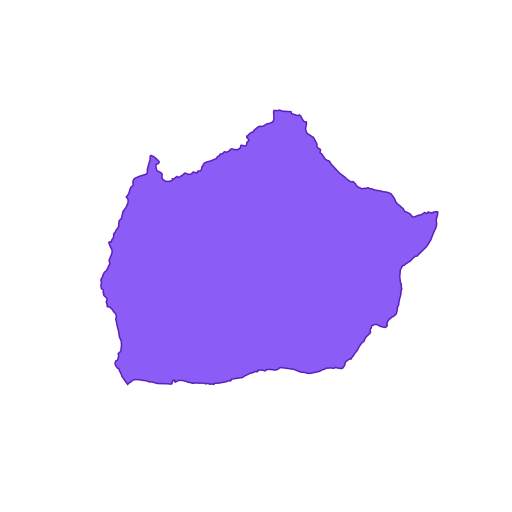 the district of Baucau, Baucau, East Timor, rotated 148°
{"feature_id": "22284137B73846644477643", "entity_name": "Baucau", "entity_type": "district", "adm_level": 2, "iso_a3": "TLS", "parent_name": "East Timor", "parent_adm1": "Baucau", "projection": "robinson", "projection_center": [126.421, -8.508], "detail": "fine", "context": "isolated", "style": "filled", "palette": "violet", "viewbox_px": 512, "rotation_deg": 148, "n_neighbors": 0, "source": "geoboundaries", "source_scale": "gbopen_adm2", "svg_char_len": 6149}
<svg xmlns="http://www.w3.org/2000/svg" viewBox="0 0 512 512"><g transform="rotate(148 256 256)"><path d="M432.9,215.1L431.1,215.6L429.6,215.5L425.7,215.9L423.7,215.1L421.2,213.4L416.3,209.2L415.1,208.4L413.4,205.9L410.9,204.2L407.4,200.3L404.5,198.3L399.3,194.9L395.8,192.3L394.8,192.3L394.3,193.1L393.3,193.7L392.8,194.5L391.9,194.6L390.7,193.3L391.6,192.5L391.4,191.8L387.7,191.5L386.0,190.6L384.0,189.1L382.0,187.0L380.3,184.7L378.5,183.2L377.5,181.9L376.4,181.2L374.4,180.4L372.8,179.1L366.8,175.3L366.8,174.5L364.5,173.5L363.5,172.5L363.2,171.6L361.9,171.4L360.6,170.1L359.8,169.5L359.4,169.5L358.8,170.0L358.5,170.0L354.9,167.9L348.8,165.5L346.7,164.9L344.9,164.8L344.2,163.7L342.9,163.8L342.4,164.0L342.2,164.4L341.7,164.4L332.0,160.2L329.8,160.3L323.5,159.7L320.6,158.8L317.6,158.3L316.9,157.5L316.0,157.2L315.2,157.4L315.0,157.6L315.2,157.8L314.9,157.9L314.1,157.7L310.8,155.7L309.4,153.9L308.3,153.7L307.5,154.2L306.8,154.0L303.3,151.7L300.4,149.2L299.6,149.1L298.4,148.4L296.2,148.4L295.6,148.7L294.0,148.2L284.1,140.0L280.2,134.6L279.0,133.4L276.7,131.7L274.3,129.1L272.6,127.9L263.6,124.6L262.2,124.4L259.8,124.4L258.0,123.7L255.4,123.6L254.5,122.7L252.8,122.1L249.3,119.4L247.8,119.4L245.3,117.0L243.4,115.4L242.7,115.1L242.4,115.3L241.9,115.0L240.2,115.6L238.5,116.5L236.4,118.7L231.2,119.2L230.7,119.0L230.6,118.5L229.8,118.3L227.9,119.4L226.5,119.7L224.5,120.8L219.4,122.6L217.4,124.0L214.4,125.4L211.9,126.3L210.4,126.3L209.1,126.7L207.5,128.1L205.5,129.0L199.8,130.2L199.3,130.6L198.7,132.3L197.8,133.4L196.7,133.7L194.8,135.5L192.1,135.2L190.2,134.2L189.4,133.2L188.1,130.7L185.2,127.7L184.1,126.9L182.4,127.0L181.3,127.7L181.1,128.9L180.5,129.4L180.4,130.1L179.7,130.2L178.1,131.3L177.0,131.4L175.7,132.1L175.3,131.7L173.3,132.2L171.4,131.9L168.3,132.4L167.1,133.2L164.8,135.4L164.4,136.2L163.9,136.5L163.1,137.7L161.8,138.4L160.7,139.2L160.0,140.3L157.0,143.4L156.5,144.2L155.8,144.5L153.2,147.0L152.9,147.4L152.8,148.3L151.8,148.8L151.5,149.3L151.5,149.7L149.8,150.8L149.6,151.9L148.0,154.7L147.6,155.6L147.6,156.7L145.2,162.1L140.8,167.9L136.7,170.1L135.1,169.6L133.9,169.9L127.6,170.0L124.5,170.9L121.0,171.4L119.5,170.6L119.0,170.6L117.6,171.1L106.8,173.5L102.8,175.2L99.0,177.2L94.4,180.7L87.9,185.1L86.7,186.3L85.5,188.0L84.5,190.4L82.8,192.4L80.6,194.3L78.5,197.0L79.9,198.4L81.2,198.4L82.2,199.3L83.2,199.0L83.8,199.3L85.6,200.6L86.5,202.1L88.7,201.4L89.6,203.2L90.0,203.5L94.8,203.4L95.4,204.0L96.1,204.3L102.0,205.5L102.4,206.0L103.1,210.2L105.1,213.5L106.1,214.8L106.3,215.3L106.1,217.7L106.3,218.9L106.8,220.0L107.3,222.2L108.6,225.7L108.6,226.7L108.8,227.3L108.1,231.8L108.5,236.8L108.7,237.5L109.7,239.0L110.9,240.5L114.8,243.8L116.0,245.2L120.6,249.3L121.8,251.2L123.8,252.7L124.3,253.9L125.0,254.6L127.1,255.2L128.7,256.2L129.7,256.4L130.6,257.0L133.0,260.6L133.5,262.7L133.4,264.2L134.2,267.7L136.1,268.4L136.5,269.1L138.3,273.3L138.9,275.9L141.2,281.8L143.6,294.2L143.5,297.2L143.9,298.3L145.0,299.3L146.0,301.8L146.1,307.8L146.9,309.2L146.9,309.9L144.9,311.9L145.2,312.9L145.8,313.9L146.5,315.7L146.4,316.3L145.1,318.5L144.9,319.3L144.4,326.0L147.5,332.5L147.6,334.3L146.7,337.4L145.3,339.1L143.6,340.7L142.6,342.2L142.3,343.2L143.4,343.9L144.0,344.7L144.2,346.7L143.9,351.1L144.5,352.7L145.9,352.8L146.4,353.1L149.7,357.1L150.1,357.8L150.2,358.7L149.9,359.3L149.9,359.9L156.7,364.7L158.7,367.2L161.1,368.1L163.5,369.9L164.6,369.1L168.3,362.4L171.0,360.7L172.2,361.1L174.7,361.3L176.3,362.2L177.0,362.3L181.1,362.3L182.0,362.6L183.9,363.9L185.9,364.4L191.1,363.6L192.4,362.9L193.6,362.8L194.5,363.3L197.1,363.0L199.5,362.3L200.2,362.6L200.9,361.7L200.7,359.2L200.8,357.7L201.3,357.4L202.8,357.4L203.5,357.2L205.0,355.4L205.9,354.8L207.2,355.3L208.0,355.9L208.8,357.0L210.0,357.8L210.9,357.2L211.8,356.0L214.6,355.9L215.4,356.0L216.4,356.8L217.5,357.3L219.4,359.4L220.0,359.8L221.3,360.0L222.5,359.4L223.4,359.3L225.5,359.5L226.2,359.8L227.3,361.0L228.0,361.1L230.4,360.5L232.4,361.4L234.4,360.4L236.0,360.7L238.5,359.6L240.8,360.2L243.5,360.5L247.9,361.8L250.5,362.2L252.3,361.5L253.0,360.6L254.0,360.6L254.6,360.3L256.3,358.4L257.8,357.7L258.6,357.8L259.5,358.5L260.7,358.8L261.9,357.7L262.5,358.0L264.7,360.5L266.1,360.3L267.1,359.7L269.2,360.5L270.2,361.3L272.1,363.8L272.7,364.1L276.0,363.3L276.8,363.7L279.3,363.3L279.9,363.5L280.4,364.8L280.8,365.3L282.9,365.3L284.1,364.8L284.9,364.9L286.0,365.8L286.5,364.8L287.4,364.5L289.9,365.1L290.6,365.8L291.5,366.1L293.0,367.2L294.0,369.0L294.4,370.6L294.3,371.8L293.8,373.1L292.3,374.9L292.2,376.1L293.0,378.1L294.6,380.5L294.6,381.7L294.3,382.8L293.4,385.1L292.4,386.3L291.9,386.4L289.6,386.2L288.3,386.9L288.2,387.5L288.5,389.2L289.5,393.0L290.4,395.0L291.6,396.8L292.3,397.0L293.3,396.1L295.0,393.5L296.6,392.3L301.1,388.1L302.3,386.9L303.9,384.5L304.8,383.8L306.6,383.8L313.1,385.5L317.9,386.1L320.0,385.2L320.8,384.4L321.6,383.3L322.6,381.1L325.9,380.5L327.2,379.6L330.3,376.8L333.3,375.2L334.7,374.9L334.5,372.2L334.8,371.2L335.6,369.9L336.6,368.8L339.7,366.6L341.2,365.8L345.3,364.2L349.9,359.4L353.5,358.3L355.5,355.9L356.9,353.7L361.2,351.9L361.8,351.6L362.5,350.8L364.7,350.3L365.2,349.9L366.2,348.1L368.1,346.7L369.4,346.3L371.5,344.6L372.3,345.4L372.9,345.6L373.7,345.5L374.6,341.2L374.9,337.4L376.1,335.4L377.2,334.3L382.9,330.2L384.1,326.6L384.6,326.6L388.7,324.0L391.3,322.6L393.1,322.6L395.7,321.1L396.5,320.5L396.8,319.9L398.0,319.2L398.9,319.0L400.3,317.8L400.6,317.3L400.8,315.8L403.2,313.1L404.4,310.5L404.3,309.9L403.8,309.2L403.6,308.2L404.1,306.9L404.5,306.5L405.0,306.2L405.0,304.9L405.2,304.4L405.8,304.0L405.8,303.3L405.7,302.0L405.0,300.2L405.0,299.0L405.6,297.7L407.1,296.7L407.4,296.2L408.0,293.8L408.5,292.6L409.0,292.0L408.7,291.5L407.5,290.7L406.8,289.5L406.6,287.9L406.2,286.8L406.3,284.6L405.7,281.7L405.8,280.4L406.5,278.8L408.7,276.3L408.8,275.3L411.4,268.5L412.2,265.6L414.8,259.5L415.2,256.4L415.7,254.5L416.9,252.6L417.1,251.7L417.9,251.0L420.7,247.3L422.3,246.6L424.4,246.4L424.9,245.8L425.0,244.7L427.5,241.9L428.8,241.1L430.7,241.2L432.3,239.8L432.9,238.6L433.1,237.4L432.9,234.2L432.2,233.3L432.0,232.5L432.5,231.7L432.9,227.4L433.5,224.8L432.9,215.1Z" fill="#8b5cf6" stroke="#5b21b6" stroke-width="1.5"/></g></svg>